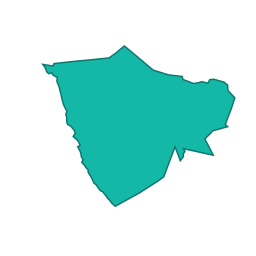 Panelas, Pernambuco, Brazil (Natural Earth projection), rotated 283°
{"feature_id": "56859067B81090165312153", "entity_name": "Panelas", "entity_type": "district", "adm_level": 2, "iso_a3": "BRA", "parent_name": "Brazil", "parent_adm1": "Pernambuco", "projection": "natural_earth1", "projection_center": [-36.058, -8.657], "detail": "fine", "context": "isolated", "style": "filled", "palette": "teal", "viewbox_px": 256, "rotation_deg": 283, "n_neighbors": 0, "source": "geoboundaries", "source_scale": "gbopen_adm2", "svg_char_len": 1344}
<svg xmlns="http://www.w3.org/2000/svg" viewBox="0 0 256 256"><g transform="rotate(283 128 128)"><path d="M107.4,76.5L106.0,78.9L105.1,81.0L102.8,83.5L100.2,85.2L98.4,83.2L94.4,86.7L92.4,87.9L89.5,89.0L86.8,91.4L84.2,90.6L81.7,94.2L79.8,96.1L78.3,98.6L76.1,99.0L74.3,100.6L72.3,102.8L69.9,104.8L66.6,107.3L65.5,109.8L63.1,112.3L60.7,115.2L60.2,117.7L58.6,119.6L56.7,122.2L55.2,123.6L53.7,125.9L51.0,129.3L48.9,133.2L67.2,153.6L82.7,168.8L88.4,173.8L112.5,177.0L120.3,178.1L107.9,186.3L112.5,188.4L115.4,187.7L117.9,188.8L120.3,186.6L120.5,199.2L120.6,214.8L120.7,217.2L134.6,205.3L141.1,209.4L144.4,211.3L151.7,224.8L153.3,221.9L155.5,222.3L159.1,222.7L169.0,224.2L181.4,225.3L183.6,222.0L187.0,216.9L192.2,215.4L194.3,211.3L194.8,200.6L193.5,196.8L189.7,195.8L189.7,192.5L189.7,189.2L188.2,187.0L186.1,182.0L187.6,170.7L190.4,169.2L188.9,155.7L189.6,145.4L190.1,139.4L203.2,113.8L204.5,111.1L207.1,106.0L202.7,102.6L198.4,99.4L192.0,93.7L184.9,72.9L181.5,62.5L174.1,41.4L171.5,40.9L170.8,30.7L168.5,33.4L166.5,35.0L164.6,36.0L163.1,38.5L164.6,41.4L162.9,42.7L162.1,44.9L161.4,47.7L157.5,48.2L152.4,51.7L149.6,53.1L145.6,55.2L139.9,57.9L135.9,60.2L132.5,62.9L130.8,64.7L127.3,64.3L124.8,65.8L122.0,66.5L118.9,67.5L117.5,69.1L117.1,71.7L115.4,73.8L113.6,76.2L111.1,77.8L107.4,76.5Z" fill="#14b8a6" stroke="#0f766e" stroke-width="1.5"/></g></svg>